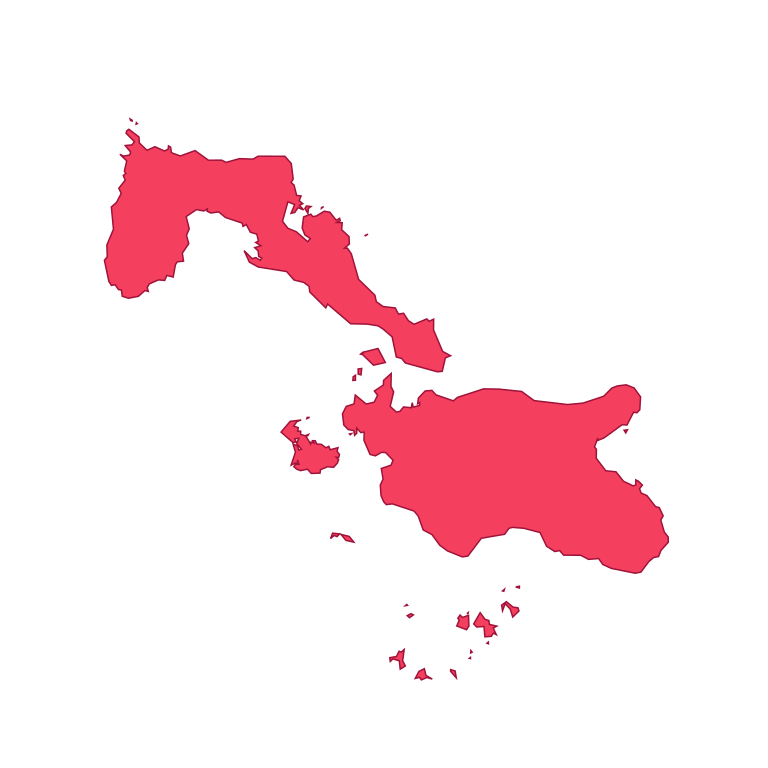 outline of Esa'ala District, Milne Bay, Papua New Guinea, rotated 171°
{"feature_id": "67681753B65258827036221", "entity_name": "Esa'ala District", "entity_type": "district", "adm_level": 2, "iso_a3": "PNG", "parent_name": "Papua New Guinea", "parent_adm1": "Milne Bay", "projection": "mercator", "projection_center": [150.879, -9.618], "detail": "fine", "context": "isolated", "style": "filled", "palette": "rose", "viewbox_px": 768, "rotation_deg": 171, "n_neighbors": 0, "source": "geoboundaries", "source_scale": "gbopen_adm2", "svg_char_len": 6185}
<svg xmlns="http://www.w3.org/2000/svg" viewBox="0 0 768 768"><g transform="rotate(171 384 384)"><path d="M165.5,157.8L159.7,158.0L150.2,167.2L144.7,170.5L139.8,170.6L136.5,176.3L128.0,183.2L127.2,188.4L130.3,193.9L131.9,206.3L128.9,210.1L131.5,218.9L134.9,220.3L141.8,232.7L147.1,236.1L148.0,240.6L144.6,243.7L147.9,248.2L150.3,249.9L151.1,244.9L153.8,244.4L162.7,250.5L168.6,261.0L178.5,263.6L186.0,277.5L184.4,286.3L185.9,289.0L181.3,297.1L181.6,294.8L175.2,296.3L155.2,306.5L150.4,305.5L141.9,317.1L138.7,316.0L135.4,318.5L132.6,331.1L137.6,341.0L144.9,345.3L153.8,345.6L159.7,344.3L169.0,337.5L190.5,334.0L205.9,335.0L238.3,344.1L249.2,355.1L271.4,361.0L286.4,363.6L313.5,359.3L318.1,356.5L334.3,365.1L337.7,370.2L344.4,370.7L352.2,364.8L353.9,359.2L351.7,360.0L352.2,357.3L358.8,356.6L359.0,361.1L360.9,356.3L368.3,358.3L372.5,354.5L376.1,354.3L381.4,360.9L375.7,374.7L377.5,380.6L375.2,393.3L383.8,387.7L384.8,383.1L394.6,378.6L392.1,373.9L396.5,367.6L404.7,367.0L414.1,377.6L416.7,369.0L424.8,367.8L429.7,361.0L430.1,349.8L426.5,344.6L421.0,342.7L421.1,337.9L418.6,339.6L417.9,344.7L414.6,339.7L411.1,339.5L412.6,331.5L408.8,316.6L403.7,314.4L397.1,316.9L393.1,316.0L387.0,307.3L389.8,302.7L399.9,301.0L399.8,290.2L403.5,284.7L404.4,274.1L402.7,267.7L400.6,264.5L394.5,264.3L374.2,253.8L370.9,248.3L368.1,233.7L360.2,227.8L354.1,215.9L347.3,209.1L333.7,201.0L328.1,200.9L312.0,216.4L288.4,216.7L283.1,221.9L279.6,222.3L268.4,219.6L253.1,212.9L248.8,198.3L241.5,191.8L236.6,192.0L233.3,186.8L216.5,184.1L209.5,178.8L199.3,178.0L196.1,171.5L188.3,166.3L165.5,157.8ZM324.5,387.4L319.3,400.2L313.8,401.5L321.0,407.0L326.6,429.6L324.8,440.3L329.6,438.9L331.5,441.6L345.0,438.3L350.0,442.7L353.6,450.8L358.8,450.8L361.0,457.4L372.7,460.6L378.7,466.5L379.1,473.1L392.7,491.3L395.9,517.7L398.8,523.8L401.7,524.3L396.3,527.7L395.5,535.1L401.7,543.0L400.0,549.9L405.3,550.9L401.7,552.2L401.9,554.6L405.6,553.2L410.6,562.2L416.0,564.0L424.7,560.5L428.2,560.5L429.7,563.2L437.3,561.6L440.4,550.9L438.8,543.6L434.0,539.2L437.1,536.5L446.8,548.1L454.5,552.8L458.8,560.6L450.4,579.0L444.2,575.2L449.1,567.1L445.3,567.4L441.3,571.6L436.1,568.5L439.6,573.7L436.0,574.8L439.1,578.4L436.5,582.7L440.8,583.9L441.7,594.5L444.2,597.5L441.6,600.7L441.1,616.3L446.3,624.4L472.7,628.7L478.2,626.6L491.5,629.2L505.2,627.6L509.4,630.5L522.4,632.5L534.1,644.1L549.5,641.1L557.8,645.7L557.7,651.4L559.6,652.9L560.4,649.8L564.2,648.4L573.1,654.2L581.5,651.9L587.9,660.3L587.4,666.4L596.1,675.5L598.5,674.3L599.5,672.0L592.6,662.4L595.4,659.6L602.3,660.0L598.0,652.8L599.3,650.0L605.5,649.8L608.9,652.2L603.2,644.6L607.1,634.9L606.2,632.3L608.9,630.7L607.7,625.9L615.3,618.8L613.7,613.4L619.8,605.2L625.6,601.5L627.0,579.2L636.0,564.6L637.4,553.0L640.8,549.9L639.7,528.4L637.8,524.0L634.0,524.1L631.5,518.8L628.7,518.0L628.8,511.6L623.0,508.7L612.8,509.0L605.6,513.7L602.3,512.3L602.8,516.3L600.1,519.6L590.5,522.1L584.4,520.6L581.5,525.2L575.5,522.6L571.3,534.5L569.1,537.0L562.8,536.7L562.7,544.8L554.9,553.1L555.8,561.8L552.1,567.7L553.2,580.3L541.9,585.6L535.0,583.1L531.1,584.5L531.8,582.4L528.3,580.0L520.3,579.8L514.6,573.3L498.9,565.1L498.6,561.7L495.1,563.1L492.2,554.8L486.2,551.9L485.6,544.8L488.6,543.9L484.0,539.8L490.4,538.9L487.5,535.2L487.8,529.6L485.1,527.6L486.8,525.5L490.9,528.9L494.6,528.4L501.3,537.6L497.9,525.4L489.9,519.2L462.6,510.3L456.6,500.8L447.4,496.9L442.8,492.3L442.9,486.5L429.6,468.3L427.2,471.8L407.5,448.7L390.9,445.7L380.8,442.4L376.4,438.5L368.6,429.3L367.6,408.7L362.6,406.5L359.6,401.4L329.4,387.7L324.5,387.4ZM469.8,307.0L461.1,306.0L460.1,309.3L452.6,311.1L446.8,309.6L442.5,313.1L440.6,316.5L442.7,319.1L440.2,318.6L439.0,321.4L440.9,324.8L439.4,328.3L447.4,327.5L448.3,331.1L451.3,330.1L455.3,334.2L459.8,335.2L460.8,338.8L463.4,339.2L462.5,336.7L465.1,338.1L465.9,336.2L469.4,345.0L474.2,347.2L473.7,350.5L476.6,350.8L475.5,354.3L479.8,356.5L475.9,360.5L471.4,361.4L482.5,361.8L493.2,352.6L482.9,340.2L480.0,340.6L480.7,343.9L476.6,343.7L479.6,339.0L475.8,332.5L478.6,332.1L479.1,336.5L483.2,338.7L482.1,330.6L488.4,318.4L483.8,319.8L481.9,318.5L481.4,322.6L480.5,318.0L483.9,318.6L486.0,316.4L483.6,313.6L480.0,311.5L472.9,311.8L469.8,307.0ZM323.9,118.5L317.5,118.0L314.9,120.8L312.3,118.9L314.3,125.9L310.5,127.2L317.5,130.1L317.4,134.0L321.0,135.7L324.8,143.1L332.9,133.0L330.5,129.5L323.2,128.8L323.9,118.5ZM391.4,404.2L379.3,405.0L384.4,420.0L399.8,418.6L400.3,416.1L391.4,404.2ZM347.7,141.1L346.6,139.0L350.0,133.6L340.9,128.4L338.0,131.7L336.7,142.4L342.9,141.1L345.0,143.9L347.7,141.1ZM418.2,111.1L412.2,108.2L412.6,99.8L407.0,102.2L408.9,107.7L405.6,118.6L409.0,116.5L410.9,117.7L414.3,112.9L421.1,112.8L421.2,109.0L418.2,111.1ZM387.6,87.4L382.5,85.0L388.1,89.6L388.7,96.5L394.4,94.7L399.2,88.3L394.8,88.7L393.4,85.9L387.6,87.4ZM294.5,141.8L293.3,133.7L286.2,138.7L286.7,142.0L291.5,143.5L297.2,149.9L302.4,147.2L302.4,141.5L298.7,148.1L294.5,141.8ZM449.9,242.1L446.1,235.5L438.5,232.5L442.2,238.9L449.9,242.1ZM458.1,244.7L461.0,239.7L456.9,242.2L454.3,240.6L451.2,242.9L458.1,244.7ZM434.7,569.7L432.5,564.4L431.1,569.3L428.4,570.7L432.7,571.9L434.7,569.7ZM407.2,402.9L407.9,397.8L405.3,396.6L403.6,402.8L407.2,402.9ZM362.8,91.5L363.2,89.9L358.6,82.5L358.6,89.4L362.8,91.5ZM397.3,151.6L395.4,149.2L391.1,151.3L393.2,152.9L397.3,151.6ZM410.8,397.1L413.3,396.0L414.2,392.4L411.6,392.2L410.8,397.1ZM154.1,300.8L152.9,297.9L150.7,300.7L154.1,300.8ZM281.9,163.1L285.6,162.9L282.2,161.3L281.9,163.1ZM376.3,534.5L379.2,533.8L379.9,533.1L376.3,534.5ZM462.7,362.7L465.1,363.0L465.6,361.9L462.7,362.7ZM297.2,162.4L299.3,161.1L298.1,160.5L297.2,162.4ZM396.0,162.7L397.6,161.7L395.4,161.7L396.0,162.7ZM339.9,107.1L340.4,104.9L338.9,105.3L339.9,107.1ZM321.3,112.8L322.9,111.9L321.5,111.1L321.3,112.8ZM593.3,685.5L593.1,684.0L591.6,683.1L591.4,683.8L593.3,685.5ZM466.5,346.0L468.7,345.5L467.4,344.8L466.5,346.0ZM415.9,568.7L418.1,568.0L418.3,567.3L415.9,568.7ZM423.9,340.1L425.9,340.1L425.3,339.1L423.9,340.1ZM336.6,145.0L338.1,144.1L336.8,144.4L336.6,145.0ZM587.7,680.8L588.2,679.4L586.9,679.7L587.7,680.8ZM401.0,418.0L402.5,417.2L401.7,416.8L401.0,418.0ZM341.4,100.4L342.6,99.7L341.5,99.3L341.4,100.4Z" fill="#f43f5e" stroke="#9f1239" stroke-width="1.5"/></g></svg>